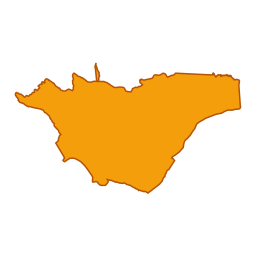 Basoko, Orientale, Democratic Republic of the Congo (orthographic projection)
{"feature_id": "63176286B83726148102259", "entity_name": "Basoko", "entity_type": "district", "adm_level": 2, "iso_a3": "COD", "parent_name": "Democratic Republic of the Congo", "parent_adm1": "Orientale", "projection": "orthographic", "projection_center": [23.828, 1.677], "detail": "fine", "context": "isolated", "style": "filled", "palette": "amber", "viewbox_px": 256, "rotation_deg": 0, "n_neighbors": 0, "source": "geoboundaries", "source_scale": "gbopen_adm2", "svg_char_len": 5531}
<svg xmlns="http://www.w3.org/2000/svg" viewBox="0 0 256 256"><path d="M96.1,62.9L95.0,66.2L95.5,69.6L96.7,81.3L93.7,81.3L92.8,81.6L91.7,82.1L90.5,82.1L89.5,82.1L88.1,82.0L86.8,81.3L86.3,80.6L85.5,80.3L84.9,79.5L84.4,79.3L83.5,78.7L83.1,78.5L82.7,78.0L82.4,77.8L81.6,77.9L81.3,77.5L79.5,76.5L78.3,76.3L77.8,76.1L77.2,75.6L77.0,75.2L75.6,74.3L74.4,73.3L74.0,73.2L73.5,73.5L73.0,74.2L72.6,75.3L72.7,76.5L73.3,78.5L73.2,79.9L72.6,80.6L72.5,81.1L72.8,82.5L72.7,83.6L73.8,86.0L73.4,86.7L73.2,88.0L73.4,89.2L72.8,89.8L72.5,90.6L68.8,89.1L67.5,89.7L65.3,91.0L63.3,91.0L61.8,90.3L61.3,90.3L60.3,89.8L60.1,89.0L59.9,88.5L59.4,88.0L58.3,88.0L57.6,87.1L56.1,86.4L55.8,86.1L55.4,85.3L54.6,84.7L54.2,83.7L53.7,83.2L53.1,82.8L52.4,82.7L51.1,81.4L50.1,81.0L49.5,80.4L48.7,80.3L48.6,79.6L48.0,79.5L47.0,78.9L46.1,78.9L45.7,79.1L45.4,79.7L44.9,80.1L44.5,81.6L44.9,82.6L44.7,82.9L44.3,83.0L44.0,82.8L42.9,81.8L42.3,81.9L41.7,82.4L41.6,82.8L42.0,84.1L41.9,84.4L40.5,84.2L39.9,84.6L39.2,85.3L38.7,85.4L38.3,85.8L38.2,86.2L38.3,86.4L39.3,87.1L39.3,87.3L39.6,87.6L39.6,88.1L38.6,88.7L38.3,89.0L37.8,90.1L37.4,90.5L36.9,90.5L36.3,89.8L35.6,89.4L35.0,89.4L34.7,89.6L34.3,90.4L34.5,91.1L34.5,92.0L34.2,92.5L33.2,92.3L32.8,92.4L32.3,92.8L31.5,94.3L31.2,94.5L30.3,94.5L29.9,94.7L29.1,95.8L28.6,96.2L26.9,95.6L26.3,95.6L25.3,96.8L24.7,97.2L24.3,97.1L22.9,95.6L22.1,95.1L21.4,94.4L20.7,94.1L19.5,94.3L19.2,94.1L18.6,93.3L18.3,93.1L17.3,93.1L16.5,92.5L15.9,92.8L15.4,94.2L15.4,94.7L15.7,95.5L16.1,95.8L16.3,96.7L17.6,98.0L18.1,98.7L18.7,100.3L18.3,100.4L19.3,101.8L20.0,102.4L21.7,103.0L22.4,102.9L22.9,103.4L24.3,104.1L25.2,105.0L26.0,105.3L26.9,106.1L27.6,106.2L28.6,106.8L29.1,106.6L30.4,106.7L33.7,107.7L34.7,107.8L40.8,109.1L43.3,110.3L44.6,112.4L46.3,113.2L49.3,116.1L50.2,118.5L51.1,119.6L52.1,121.1L52.2,121.7L52.9,122.6L54.0,123.3L54.3,123.9L54.0,125.0L54.6,126.6L55.9,127.5L56.3,128.5L57.7,129.5L58.2,130.2L58.8,131.5L59.1,132.4L59.4,132.8L59.5,133.2L60.1,133.6L60.9,134.6L60.0,135.2L59.4,135.9L58.6,138.4L58.4,139.8L57.9,141.2L56.9,142.0L55.8,143.1L63.7,156.3L64.5,158.0L63.0,160.3L63.7,161.3L64.6,161.7L65.9,160.9L67.5,159.7L70.2,158.2L73.7,158.2L76.3,159.1L80.7,161.6L84.7,165.6L87.9,169.8L90.5,173.7L91.5,175.0L92.5,176.8L92.7,177.3L92.5,181.0L92.5,181.7L92.8,182.1L94.5,181.9L95.6,181.6L96.9,181.8L97.5,182.3L98.0,183.2L99.6,184.7L100.4,185.2L101.5,185.4L105.2,185.4L106.4,184.5L106.5,184.0L107.4,183.0L108.0,182.3L108.1,181.1L108.0,180.0L107.2,179.5L107.2,179.4L108.5,179.9L109.8,180.3L111.1,180.3L113.1,181.1L114.2,181.5L115.2,182.1L117.3,182.1L118.8,182.9L122.8,183.4L123.3,183.4L124.0,183.0L124.4,183.0L125.6,183.5L126.5,184.4L127.5,184.6L130.4,185.5L131.2,185.9L132.0,186.6L132.8,186.9L134.8,188.0L135.2,188.1L135.3,188.4L135.9,188.8L136.6,188.9L138.5,190.0L138.7,190.5L139.5,190.2L141.3,190.9L141.9,190.9L143.9,191.7L144.5,191.5L145.2,191.5L146.7,192.2L148.0,193.1L149.5,191.8L151.2,190.7L152.7,189.4L158.9,184.7L160.0,183.6L162.1,181.2L163.3,178.2L163.6,177.6L163.8,177.3L164.5,177.0L164.8,176.6L165.0,176.1L165.1,175.0L165.2,174.3L165.8,173.8L166.5,172.2L166.7,171.2L167.4,170.3L168.8,169.6L172.3,164.1L174.6,160.6L173.8,159.8L173.6,159.3L172.8,158.5L171.7,157.9L171.9,157.4L172.7,156.6L175.0,155.2L179.1,152.1L183.2,147.6L183.4,146.4L183.8,143.6L184.6,141.2L185.4,140.1L187.6,138.2L190.5,134.9L192.6,131.5L194.6,128.9L196.7,124.1L198.2,122.8L200.7,121.1L201.9,120.6L204.0,119.3L205.4,118.4L208.9,117.0L216.3,114.2L221.5,113.2L225.1,111.2L227.9,110.1L232.1,110.1L233.7,109.8L235.1,109.3L239.0,109.0L240.1,108.2L240.6,107.0L240.3,106.0L238.8,84.4L239.2,83.6L239.1,82.9L239.5,81.3L239.3,80.4L238.8,80.0L238.1,79.9L237.5,79.5L236.1,79.5L234.9,79.8L234.2,79.8L234.0,79.7L233.9,79.0L233.7,78.8L233.4,78.8L233.1,78.4L232.7,78.3L231.7,77.2L231.4,77.1L231.0,75.7L230.6,75.5L230.0,75.4L229.8,75.7L229.7,76.2L229.4,76.3L229.0,75.6L228.8,75.6L228.5,76.0L228.4,76.1L228.2,75.9L227.8,75.1L227.6,75.0L227.3,75.3L227.3,75.7L226.8,75.5L226.6,74.8L226.4,74.7L226.2,74.7L226.0,75.2L225.8,75.4L225.2,75.4L224.7,75.6L224.3,75.2L224.0,75.2L223.3,75.4L222.9,75.9L222.7,75.8L222.1,75.2L221.8,75.2L221.7,75.5L221.7,76.0L221.3,76.4L220.9,76.4L220.7,76.0L221.0,75.5L220.8,74.8L220.6,74.7L220.0,75.1L219.3,75.1L218.5,74.6L218.2,74.7L217.9,75.3L217.3,75.5L216.7,76.1L216.4,76.1L216.1,76.9L215.9,77.0L215.4,76.6L215.0,75.7L214.3,75.0L214.2,74.7L214.3,74.2L214.1,73.8L213.4,73.5L213.2,73.1L212.9,73.3L212.7,73.8L212.9,74.6L212.7,74.8L211.2,74.9L197.9,74.3L176.1,73.2L175.3,73.3L175.1,73.7L174.6,74.3L173.2,75.3L171.8,75.3L167.7,77.1L167.0,76.7L166.6,76.1L166.2,75.1L165.2,73.9L163.7,73.3L162.8,73.3L162.3,73.7L161.4,74.2L159.5,75.2L158.6,75.2L156.1,74.9L155.1,74.9L154.2,75.2L153.2,76.6L153.1,77.3L152.4,78.1L150.3,78.8L149.3,78.9L148.5,79.1L145.2,79.8L144.2,80.1L143.3,80.0L141.6,79.2L140.7,79.4L140.2,79.7L140.0,80.0L140.7,80.1L140.5,80.4L140.0,80.9L139.9,82.0L140.2,82.8L141.0,83.3L142.5,84.8L140.0,86.6L139.0,86.4L138.4,86.6L137.7,87.5L136.9,87.5L135.8,87.2L134.8,87.5L133.6,88.3L132.8,88.4L132.5,88.6L132.2,89.9L131.4,90.9L131.3,91.6L131.1,91.8L129.9,91.9L128.4,91.6L127.5,91.7L127.0,91.3L126.0,91.1L125.7,90.8L125.1,89.8L124.8,89.0L124.1,87.9L123.5,87.5L122.7,87.3L120.7,87.1L118.8,87.1L116.6,87.5L114.3,87.4L113.6,87.1L112.7,86.4L110.5,85.1L109.6,84.2L108.7,83.9L107.4,82.8L106.4,82.5L105.8,82.3L104.4,81.7L102.9,81.4L101.9,81.6L101.0,81.5L100.3,81.4L98.0,81.5L98.8,79.8L98.7,78.8L99.0,76.8L99.5,76.2L99.6,75.7L98.8,73.4L98.9,73.1L99.2,72.9L99.1,72.5L97.2,69.5L97.1,68.1L96.9,67.9L95.8,64.6L96.1,62.9Z" fill="#f59e0b" stroke="#b45309" stroke-width="1.5"/></svg>